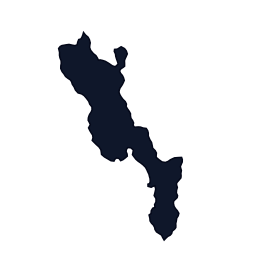 Engenheiro Caldas, Minas Gerais, Brazil, rotated 135°
{"feature_id": "56859067B22577605542088", "entity_name": "Engenheiro Caldas", "entity_type": "district", "adm_level": 2, "iso_a3": "BRA", "parent_name": "Brazil", "parent_adm1": "Minas Gerais", "projection": "equal_earth", "projection_center": [-42.021, -19.12], "detail": "fine", "context": "isolated", "style": "filled", "palette": "ink", "viewbox_px": 256, "rotation_deg": 135, "n_neighbors": 0, "source": "geoboundaries", "source_scale": "gbopen_adm2", "svg_char_len": 2949}
<svg xmlns="http://www.w3.org/2000/svg" viewBox="0 0 256 256"><g transform="rotate(135 128 128)"><path d="M110.9,69.3L112.6,70.9L114.2,72.3L116.2,74.0L118.3,74.8L120.6,75.6L123.2,76.0L125.9,77.2L127.9,79.9L128.5,83.5L128.8,87.4L127.2,88.9L125.6,90.2L124.8,92.8L124.8,96.3L123.1,98.8L121.6,101.1L120.8,104.4L119.3,108.0L117.2,110.1L116.0,112.2L115.4,114.8L117.4,117.4L118.5,119.8L120.1,121.6L122.9,124.0L122.4,126.4L120.5,127.6L119.5,130.1L119.1,132.7L117.6,134.9L116.1,136.4L115.3,139.1L114.8,142.1L114.1,144.6L112.2,146.0L111.3,148.5L111.3,152.0L110.8,155.1L110.1,157.6L109.0,159.8L107.3,161.0L105.4,161.9L103.3,162.3L101.4,162.7L99.3,163.4L97.0,164.3L95.6,166.8L94.8,169.2L94.6,171.9L93.7,174.1L92.0,174.9L90.3,174.7L88.5,174.3L86.7,174.1L84.8,176.0L82.9,178.1L81.1,179.0L79.4,179.6L76.1,180.9L74.7,183.7L74.3,186.6L75.4,190.3L77.1,190.7L79.8,191.3L81.9,193.1L83.5,191.9L84.5,189.2L86.0,187.3L87.4,184.7L88.6,182.1L89.6,180.3L91.6,180.2L93.7,180.4L95.1,183.0L95.9,187.4L96.9,191.2L98.1,193.6L99.5,195.8L100.9,196.9L100.1,199.3L99.5,201.9L99.9,205.1L99.5,209.3L98.2,212.1L96.4,213.6L94.5,214.9L92.8,217.8L92.0,220.5L92.3,223.9L91.9,227.0L94.0,225.8L96.3,224.8L98.4,224.3L100.3,225.4L102.8,224.3L105.1,222.8L107.2,223.7L108.7,225.8L110.6,228.8L112.7,230.4L114.7,231.8L116.4,233.0L118.3,233.6L120.8,233.3L122.9,229.9L125.0,227.9L126.5,225.7L127.7,222.9L129.5,220.9L131.5,219.5L133.5,217.6L134.7,214.4L135.0,211.6L135.7,208.6L135.3,205.4L134.7,202.6L135.3,200.4L136.4,198.4L137.1,195.0L138.3,192.0L138.5,188.1L136.7,185.0L136.1,182.0L136.3,178.8L136.9,174.6L138.2,171.9L138.6,168.4L140.7,166.2L142.9,165.3L145.5,164.8L147.2,164.1L148.9,163.2L150.7,161.6L151.4,159.2L152.3,157.0L155.8,156.0L156.8,153.2L157.5,150.4L158.0,148.0L159.7,145.8L162.1,144.5L162.1,138.8L161.9,135.2L162.5,131.9L164.0,129.8L165.4,128.0L165.1,124.2L164.2,120.8L163.2,116.9L161.3,114.5L159.4,115.2L157.3,114.9L155.9,112.9L156.3,110.1L154.1,109.2L151.3,108.8L148.4,108.6L147.0,110.3L146.1,112.6L144.4,113.9L142.2,114.4L140.1,112.2L139.7,108.8L141.8,107.2L143.7,106.0L144.1,103.4L144.5,100.4L144.3,97.2L143.8,94.7L143.4,91.3L143.4,87.8L144.2,85.1L145.0,83.1L145.9,80.5L147.1,78.6L148.2,76.6L150.1,74.5L152.0,73.4L153.6,74.2L155.1,72.6L153.5,69.7L151.6,69.1L149.9,68.2L151.5,65.3L153.8,63.8L155.4,62.8L157.3,61.7L158.1,58.3L160.6,55.9L163.3,55.1L165.1,52.8L167.2,53.8L170.0,53.1L172.3,51.2L174.6,51.6L176.3,48.8L178.1,46.7L178.7,44.0L178.7,41.4L179.5,38.8L180.7,37.1L181.3,34.4L180.6,31.2L180.0,28.5L180.9,26.1L181.7,23.2L179.4,23.3L176.4,23.2L174.1,22.4L171.8,22.5L169.6,23.8L166.5,23.5L164.6,23.8L163.2,25.1L161.8,26.7L159.7,28.0L157.3,29.8L154.6,30.4L152.4,31.7L151.6,34.7L151.4,37.4L150.8,40.0L149.0,42.8L147.1,44.1L144.8,44.0L142.5,44.0L140.8,45.1L139.7,47.9L137.6,49.7L135.1,51.1L133.9,53.4L132.4,54.8L129.8,55.0L125.9,55.3L124.3,56.6L122.7,58.5L120.3,60.2L118.3,63.7L116.0,64.7L113.7,65.6L111.9,67.3L110.9,69.3Z" fill="#0f172a" stroke="#020617" stroke-width="1.5"/></g></svg>